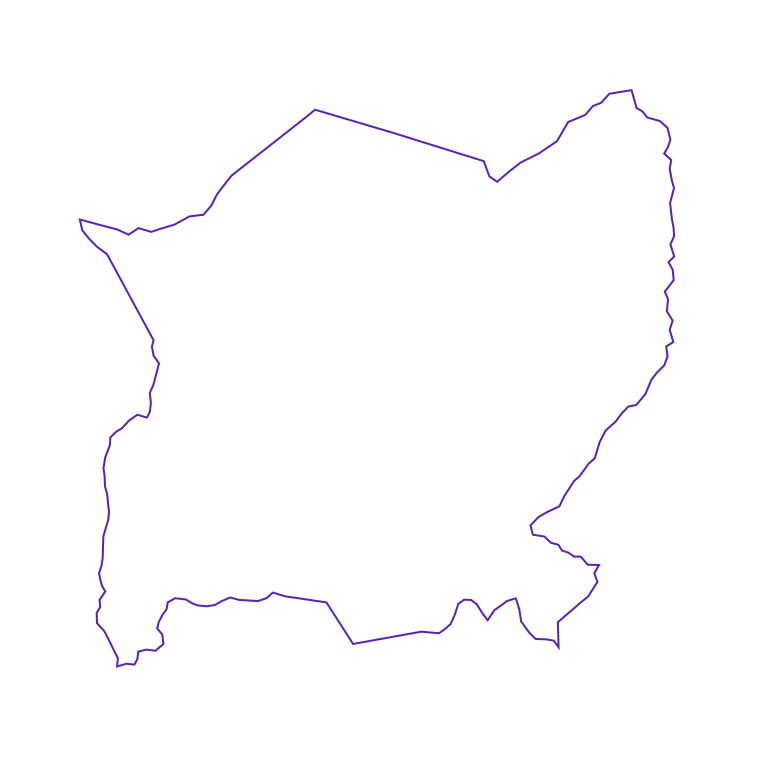 Inhumas, Goiás, Brazil, rotated 354°
{"feature_id": "56859067B39938003702048", "entity_name": "Inhumas", "entity_type": "district", "adm_level": 2, "iso_a3": "BRA", "parent_name": "Brazil", "parent_adm1": "Goiás", "projection": "orthographic", "projection_center": [-49.521, -16.312], "detail": "fine", "context": "isolated", "style": "outline", "palette": "violet", "viewbox_px": 768, "rotation_deg": 354, "n_neighbors": 0, "source": "geoboundaries", "source_scale": "gbopen_adm2", "svg_char_len": 2430}
<svg xmlns="http://www.w3.org/2000/svg" viewBox="0 0 768 768"><g transform="rotate(354 384 384)"><path d="M89.0,637.0L98.6,635.3L106.5,637.0L110.1,631.5L111.6,624.5L119.9,623.3L128.7,625.4L137.5,619.5L137.3,609.9L132.9,603.5L135.0,597.3L139.8,590.2L144.2,585.4L146.1,578.6L153.9,575.2L164.5,577.6L169.3,581.3L175.0,584.6L184.2,586.5L192.7,586.1L199.9,583.0L208.7,580.2L217.6,583.7L225.8,585.0L236.0,586.7L244.8,584.7L251.7,579.8L263.1,584.7L303.9,595.2L326.1,639.3L395.0,634.2L412.6,637.6L418.8,634.2L425.1,629.7L430.1,621.2L434.9,610.5L441.2,606.9L448.1,607.9L453.3,612.9L457.9,622.3L462.4,629.8L470.1,620.5L478.0,616.1L483.5,612.7L492.7,610.9L495.0,622.3L495.6,634.5L498.8,640.1L502.5,646.5L508.1,653.4L519.1,655.0L526.0,657.0L530.1,664.0L532.0,639.1L556.6,622.0L564.7,616.8L575.6,603.1L573.3,594.3L578.9,586.5L567.7,585.0L561.6,576.2L555.0,575.5L549.8,571.0L543.6,568.3L540.6,562.1L533.3,559.3L527.7,552.5L516.3,549.4L514.9,539.8L523.9,532.4L533.1,528.3L545.7,523.9L551.8,514.0L557.2,507.4L562.9,500.3L568.8,496.2L579.2,484.6L585.9,479.8L592.4,464.3L599.6,453.4L610.4,445.6L617.1,438.4L624.6,432.0L632.7,431.2L642.9,421.4L650.5,407.6L656.7,401.1L664.7,394.7L668.9,386.1L668.6,376.2L676.1,372.5L673.8,359.9L677.7,351.3L672.9,341.1L675.4,329.5L672.9,321.5L683.0,311.0L683.0,300.3L679.7,292.6L686.0,287.4L683.4,275.2L688.0,267.3L688.3,258.6L687.6,250.5L687.4,234.1L692.9,219.4L691.6,211.9L690.6,199.9L693.1,191.3L686.7,184.2L691.4,177.7L694.4,170.9L692.7,158.9L685.8,151.3L673.7,146.5L669.3,139.7L664.1,136.0L660.9,117.6L638.5,118.9L629.4,127.0L620.8,129.4L612.5,137.3L594.6,142.7L581.4,160.6L561.7,171.1L543.1,178.0L530.1,186.1L517.7,194.8L510.5,188.5L506.5,172.8L419.3,135.2L344.1,104.0L335.2,109.9L254.2,160.8L246.2,169.0L237.7,178.0L230.9,188.5L222.1,196.8L207.9,197.0L192.2,203.6L177.3,206.4L168.5,208.4L156.1,203.3L145.6,208.8L135.0,202.5L114.4,194.7L98.7,188.6L100.0,199.5L105.9,208.7L113.0,217.6L122.2,226.1L159.4,316.4L157.1,322.5L157.8,331.7L162.4,340.0L154.5,360.9L150.2,368.3L150.2,378.3L148.3,387.1L144.7,392.6L135.5,388.8L126.3,393.9L118.8,400.6L112.5,403.5L106.2,408.7L105.0,416.2L99.1,427.8L96.2,438.4L96.5,446.0L95.8,456.9L97.2,464.4L97.1,472.6L97.1,482.9L95.6,490.1L89.0,506.1L87.4,517.4L86.1,527.4L84.1,535.2L80.8,542.4L81.4,548.8L82.4,555.0L85.1,561.2L78.5,569.1L78.5,576.1L74.3,581.7L73.6,591.9L79.9,600.4L83.1,608.4L88.1,622.1L90.7,628.9L89.0,637.0Z" fill="none" stroke="#5b21b6" stroke-width="2"/></g></svg>